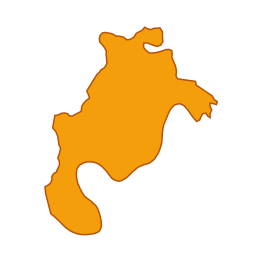 Mondaí, Santa Catarina, Brazil, rotated 350°
{"feature_id": "56859067B51062608837319", "entity_name": "Mondaí", "entity_type": "district", "adm_level": 2, "iso_a3": "BRA", "parent_name": "Brazil", "parent_adm1": "Santa Catarina", "projection": "natural_earth1", "projection_center": [-53.44, -27.106], "detail": "fine", "context": "isolated", "style": "filled", "palette": "amber", "viewbox_px": 256, "rotation_deg": 350, "n_neighbors": 0, "source": "geoboundaries", "source_scale": "gbopen_adm2", "svg_char_len": 2367}
<svg xmlns="http://www.w3.org/2000/svg" viewBox="0 0 256 256"><g transform="rotate(350 128 128)"><path d="M216.6,111.1L202.6,97.6L202.5,93.8L185.3,88.2L184.3,84.9L185.5,81.0L185.6,76.4L185.1,73.2L184.4,70.1L183.5,66.0L184.4,62.3L184.6,59.4L181.9,57.7L179.0,57.4L176.5,57.8L173.7,58.2L170.7,58.5L168.1,58.6L164.7,58.4L162.0,57.7L159.5,55.1L157.4,51.4L158.1,47.3L161.2,47.3L164.2,49.0L167.9,51.3L171.2,52.7L174.8,52.0L177.3,49.0L177.8,43.9L178.6,39.5L176.9,35.0L173.7,34.8L170.7,34.3L167.3,35.1L164.7,33.8L162.0,31.7L158.6,34.3L154.9,35.4L152.5,36.3L149.4,39.6L145.4,41.1L142.2,41.0L139.5,37.9L136.0,36.3L132.3,35.4L129.7,33.2L127.2,31.7L124.5,30.9L122.0,29.9L119.3,29.9L116.6,32.0L115.3,34.9L115.1,38.4L116.8,41.0L118.9,44.8L120.0,48.7L119.2,51.8L118.9,56.5L118.4,60.9L115.4,64.5L111.4,66.1L109.3,68.3L106.6,70.0L93.9,84.3L94.6,87.6L95.4,91.8L91.9,93.5L88.4,96.0L86.0,99.2L84.8,103.5L75.2,106.5L72.5,106.0L71.2,103.6L68.3,102.2L64.5,102.0L61.3,103.1L58.2,102.9L53.8,114.8L56.2,118.8L57.3,123.5L57.3,128.0L57.0,132.0L58.1,136.3L55.7,141.9L53.7,145.4L54.6,149.1L53.9,152.9L51.7,155.9L49.6,159.1L47.0,159.9L44.7,162.5L43.9,166.1L42.2,168.7L38.9,170.6L36.1,171.4L35.5,177.9L37.1,199.0L40.5,203.0L43.7,207.3L47.5,212.7L49.7,215.6L53.4,219.3L55.9,221.2L59.7,223.4L63.9,224.9L68.4,225.8L71.9,225.9L74.4,226.1L77.7,226.0L81.5,224.9L83.9,222.0L84.9,219.0L85.4,215.7L85.3,210.6L84.9,206.1L84.1,202.3L82.9,198.9L81.0,196.5L79.0,193.7L75.3,190.0L73.2,187.4L71.8,184.1L70.4,179.7L69.5,176.2L68.8,173.3L68.8,170.3L68.8,166.6L69.4,163.1L70.5,159.6L73.5,156.3L77.5,154.8L81.1,154.2L85.6,154.8L88.8,155.9L91.0,157.1L93.5,159.0L95.9,161.7L98.6,165.7L100.0,168.1L101.5,171.3L103.0,174.1L104.8,176.2L107.0,177.7L109.9,178.8L112.5,178.7L114.8,177.9L117.8,176.7L121.0,174.7L124.6,172.1L128.0,170.1L131.2,168.3L136.7,167.0L140.3,166.6L143.0,166.2L146.4,164.6L148.9,162.9L150.9,160.8L153.8,157.5L155.4,154.9L156.9,152.1L158.3,149.3L159.2,146.5L160.2,142.1L161.2,138.0L162.2,134.9L163.6,131.3L165.5,128.2L167.1,125.8L169.9,121.3L172.1,118.2L174.8,115.4L177.4,113.5L179.9,113.0L183.4,113.1L187.1,115.8L189.9,120.3L191.7,124.2L193.8,128.6L196.7,133.5L200.1,132.4L201.7,129.7L204.0,126.9L207.3,126.9L208.3,129.7L210.6,132.1L211.3,128.2L213.6,124.7L212.6,121.1L212.8,118.0L215.7,118.5L219.1,120.3L220.5,117.6L217.8,114.9L216.6,111.1Z" fill="#f59e0b" stroke="#b45309" stroke-width="1.5"/></g></svg>